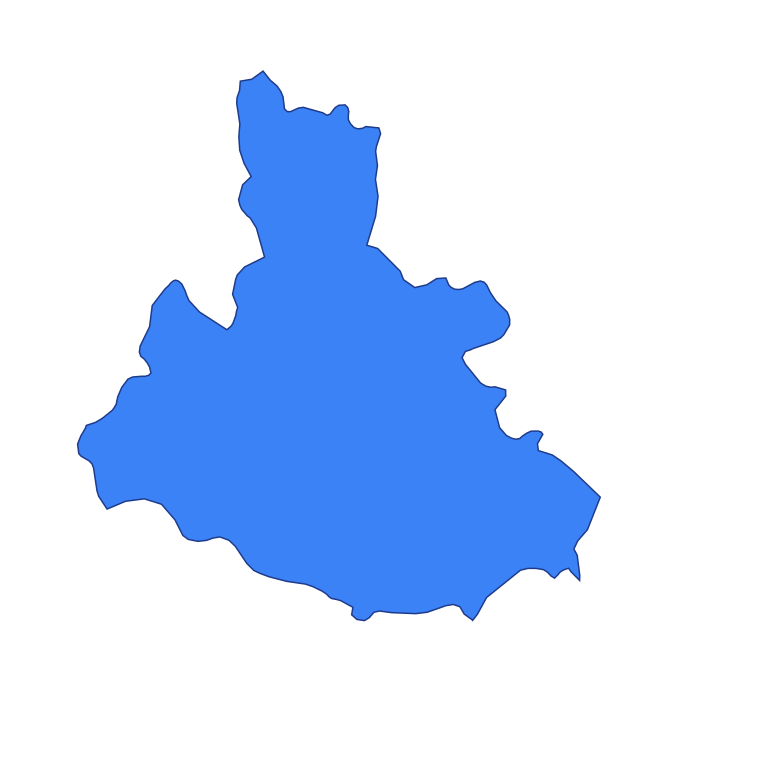 the District of Guarda, rotated 116°
{"feature_id": "PRT-753", "entity_name": "Guarda", "entity_type": "District", "adm_level": 1, "iso_a3": "PRT", "parent_name": "Portugal", "parent_adm1": "", "projection": "robinson", "projection_center": [-7.291, 40.712], "detail": "fine", "context": "isolated", "style": "filled", "palette": "blue", "viewbox_px": 768, "rotation_deg": 116, "n_neighbors": 0, "source": "natural_earth", "source_scale": "10m", "svg_char_len": 2907}
<svg xmlns="http://www.w3.org/2000/svg" viewBox="0 0 768 768"><g transform="rotate(116 384 384)"><path d="M582.0,620.2L581.7,624.5L580.4,627.8L572.2,633.1L563.5,633.7L554.7,633.0L551.7,633.4L551.5,633.2L549.7,631.3L545.0,626.5L538.1,622.0L526.8,616.7L524.2,616.2L519.6,615.8L512.3,617.7L502.1,618.2L491.9,616.3L487.9,613.0L483.5,605.6L481.7,601.9L479.2,599.2L476.2,598.3L471.3,602.4L468.6,606.4L466.6,610.8L465.7,614.7L462.5,617.9L456.7,619.8L435.3,619.8L415.1,626.7L403.7,624.4L394.3,622.4L389.6,620.6L386.8,620.0L383.6,618.5L382.0,616.8L381.6,613.7L382.8,609.5L387.3,603.7L391.2,599.8L394.6,595.7L400.2,581.3L404.1,549.0L398.8,546.7L395.4,546.4L387.6,547.2L383.1,548.5L379.4,549.0L369.8,559.4L355.4,563.1L350.4,563.7L339.9,560.6L322.3,547.0L299.7,567.1L293.5,577.0L292.7,580.8L289.5,588.3L286.4,592.0L282.0,595.5L267.0,598.4L255.8,594.3L247.0,606.5L237.2,616.1L225.5,622.8L213.4,627.6L196.5,639.3L191.1,641.6L183.5,642.5L174.8,645.9L168.0,636.4L155.8,629.9L160.9,619.2L163.1,610.7L166.3,605.0L170.2,600.6L180.4,594.0L181.6,590.3L180.1,587.3L173.6,582.0L170.7,577.8L167.1,558.0L167.5,553.1L164.9,550.7L157.1,549.1L153.3,546.8L150.2,541.3L151.5,537.7L154.6,535.1L158.5,533.7L162.2,531.8L164.8,528.3L166.7,523.2L166.1,519.3L163.6,515.4L160.6,513.2L156.1,500.9L160.5,496.8L174.0,494.9L178.6,493.5L190.6,485.6L203.8,481.4L218.0,471.6L236.9,465.1L266.8,460.3L265.0,449.1L275.5,418.9L281.7,412.1L283.8,398.6L276.1,389.0L266.2,382.9L261.6,374.9L266.7,369.1L267.7,366.1L267.8,362.1L266.4,358.5L264.1,355.1L252.8,346.9L249.2,342.6L248.6,338.6L250.1,335.0L255.2,328.5L260.2,319.9L265.2,305.1L267.2,302.6L270.7,299.4L275.8,297.0L286.9,297.9L291.5,299.4L298.0,304.2L313.0,319.4L315.6,321.4L318.9,325.1L326.1,325.4L330.6,319.5L340.8,297.6L341.3,291.6L340.0,286.3L337.9,283.1L336.0,272.1L341.5,269.3L358.5,273.0L372.6,260.9L376.6,251.5L376.8,245.6L375.9,241.4L373.5,238.1L369.8,236.6L365.7,234.2L361.9,231.1L358.7,224.8L358.3,221.7L359.6,219.2L370.4,219.9L376.2,216.1L374.0,201.6L375.5,191.3L379.5,175.3L390.9,140.0L425.7,137.3L440.1,141.1L449.1,141.0L453.2,135.3L470.3,124.1L474.8,122.1L470.7,133.7L468.7,137.3L470.7,139.5L473.3,141.8L476.2,143.4L479.4,144.1L483.7,145.6L483.4,149.5L481.5,154.4L480.9,159.3L483.1,166.5L486.7,173.9L491.5,179.7L530.9,198.2L549.9,199.1L557.2,200.6L557.5,200.7L557.4,200.8L555.6,211.1L550.9,218.2L551.8,225.1L556.2,231.3L570.2,245.1L576.5,254.8L586.2,277.0L590.0,288.5L593.6,293.0L600.3,294.7L605.2,297.8L607.5,305.1L605.6,311.9L598.3,314.1L597.7,327.9L598.3,331.5L599.8,337.3L599.3,340.3L598.1,343.3L597.3,348.7L597.3,359.2L598.3,367.0L604.0,384.8L607.7,403.1L608.6,412.8L608.6,419.4L605.4,428.7L595.1,446.4L592.4,454.9L593.4,464.4L597.3,470.0L602.3,474.9L607.0,482.3L609.5,491.8L608.3,498.4L597.8,512.2L589.6,531.3L592.3,549.1L602.7,564.9L617.8,578.1L610.0,591.2L606.0,595.0L586.7,608.3L583.9,611.3L582.3,615.5L582.0,620.2Z" fill="#3b82f6" stroke="#1e3a8a" stroke-width="1.5"/></g></svg>